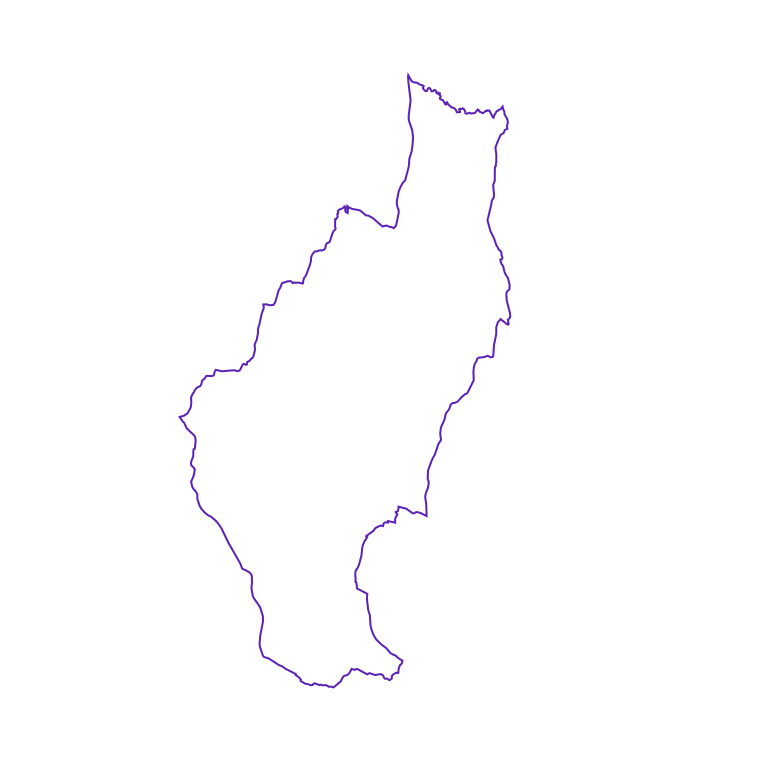 the district of Ventaquemada, Boyacá, Colombia, rotated 337°
{"feature_id": "7082276B51013712707361", "entity_name": "Ventaquemada", "entity_type": "district", "adm_level": 2, "iso_a3": "COL", "parent_name": "Colombia", "parent_adm1": "Boyacá", "projection": "equal_earth", "projection_center": [-73.509, 5.383], "detail": "fine", "context": "isolated", "style": "outline", "palette": "violet", "viewbox_px": 768, "rotation_deg": 337, "n_neighbors": 0, "source": "geoboundaries", "source_scale": "gbopen_adm2", "svg_char_len": 6154}
<svg xmlns="http://www.w3.org/2000/svg" viewBox="0 0 768 768"><g transform="rotate(337 384 384)"><path d="M541.7,285.1L543.2,273.8L553.0,260.5L554.9,257.3L557.6,255.5L559.1,253.1L562.2,243.6L565.3,240.3L570.4,228.6L571.0,227.5L571.9,227.3L573.2,224.7L573.8,224.2L577.0,216.8L578.9,210.0L583.1,205.5L588.7,200.3L592.4,199.6L594.5,197.4L597.3,197.3L598.0,194.4L600.0,192.1L600.8,189.5L600.9,187.3L600.3,182.6L601.2,180.6L601.1,177.7L601.6,175.0L598.6,176.7L596.8,176.4L595.7,177.0L594.3,176.9L589.9,180.3L588.9,181.7L588.4,180.9L587.8,173.3L586.2,173.1L585.7,172.3L584.9,172.7L584.3,172.3L582.4,173.1L580.8,173.3L578.2,170.4L578.2,168.7L577.5,167.9L573.5,170.1L569.6,168.9L568.8,167.8L565.7,167.5L564.7,166.6L565.3,164.4L564.7,161.4L564.3,161.0L562.8,161.2L561.8,160.4L560.7,160.3L560.3,161.0L560.6,162.7L560.2,163.4L557.2,162.4L557.3,160.0L556.9,158.5L555.7,156.8L553.9,155.3L553.6,154.0L552.6,152.7L552.1,149.2L551.3,149.3L550.5,150.9L549.9,150.7L549.6,150.2L549.5,147.8L549.0,145.5L547.1,143.9L547.1,142.7L548.6,141.4L548.6,140.7L548.1,139.8L549.0,138.6L548.9,138.0L548.3,137.9L547.6,138.5L547.3,138.2L547.3,136.8L546.3,137.1L546.1,136.7L546.2,134.1L545.9,133.4L545.0,133.0L543.7,133.7L542.2,133.2L541.9,130.0L541.6,129.4L540.9,129.0L539.7,129.3L537.8,131.1L536.6,130.5L535.6,128.2L535.4,126.7L536.8,125.6L536.9,124.9L533.6,121.9L532.2,119.6L529.2,117.9L527.7,116.0L527.0,109.2L526.2,110.5L524.5,115.3L519.3,133.3L511.5,146.8L509.9,150.8L509.1,161.4L507.7,166.4L506.6,169.4L502.8,176.7L500.6,180.3L495.2,186.8L492.6,192.1L490.3,195.5L483.0,204.8L480.0,206.1L476.1,209.1L472.6,212.7L467.2,220.8L466.0,223.7L465.5,227.1L465.5,229.4L464.5,232.1L457.7,241.9L456.1,243.5L453.8,244.4L452.5,242.7L449.8,240.9L448.9,239.7L447.6,238.9L444.1,238.4L438.6,227.0L435.3,222.8L433.3,221.8L430.2,215.6L428.7,214.0L423.4,210.6L421.9,209.2L420.8,207.9L419.8,205.8L419.1,207.2L419.3,208.6L418.4,209.1L418.7,209.5L418.5,210.4L417.3,212.4L415.9,210.5L416.2,208.9L417.4,206.7L417.4,205.3L417.0,204.9L415.7,206.0L410.7,206.0L409.1,206.8L408.6,208.9L407.4,209.3L406.8,211.8L404.4,213.5L403.5,213.1L400.5,220.0L400.1,222.2L398.6,223.2L397.7,223.3L395.6,225.0L390.0,231.4L389.1,232.1L386.7,232.1L384.9,233.1L383.2,235.8L381.9,236.8L378.9,236.9L377.6,235.9L373.5,235.6L372.0,234.9L369.1,236.4L366.6,238.6L364.6,242.5L362.1,245.7L354.6,253.6L351.6,255.4L349.4,258.3L348.8,259.7L348.4,259.7L344.8,257.2L341.8,256.1L341.3,255.4L339.4,255.5L338.7,253.4L338.1,252.7L334.7,251.7L332.8,251.8L329.9,251.2L329.2,251.6L325.7,255.2L323.7,256.5L315.8,266.3L313.0,268.0L309.6,266.9L306.9,264.7L304.0,263.6L303.1,267.0L298.6,271.8L292.5,280.6L290.8,282.3L288.8,285.4L288.3,287.3L284.8,292.5L283.6,294.2L282.7,294.7L279.8,298.0L279.7,299.1L278.5,302.3L274.4,307.8L272.6,308.8L270.9,309.1L269.5,310.2L266.7,310.3L265.4,312.5L264.0,312.1L263.3,311.0L262.6,310.6L261.5,310.9L257.0,314.8L255.4,315.2L254.1,314.9L251.5,312.8L239.9,309.0L234.6,305.2L232.7,306.8L231.1,309.2L230.0,309.6L228.6,309.4L223.8,307.2L222.9,307.5L220.9,309.0L218.2,309.6L215.2,313.4L213.8,314.1L210.3,314.3L208.1,315.4L205.6,317.5L203.9,318.4L201.2,320.9L199.1,326.4L196.8,330.2L191.7,334.2L187.5,335.0L183.0,334.5L184.1,339.7L184.9,341.7L185.1,348.1L186.0,349.3L186.4,351.0L188.7,355.9L189.3,357.8L189.3,359.9L188.4,362.8L184.9,369.1L184.3,369.8L183.2,369.7L182.1,371.6L180.2,376.0L176.2,380.1L175.2,382.0L174.9,383.6L176.2,386.9L176.5,388.5L174.6,391.8L172.6,394.4L168.3,398.6L167.4,403.1L167.5,405.6L168.7,409.5L169.0,412.7L167.2,417.2L166.7,424.2L167.0,427.1L168.9,432.7L170.6,435.8L173.1,438.9L175.7,444.0L176.9,447.9L178.0,453.4L178.7,469.0L181.5,492.7L181.4,498.8L183.9,501.3L186.8,505.3L187.4,508.1L187.1,510.0L185.5,513.3L185.3,514.8L183.2,518.1L182.2,520.3L180.4,527.8L180.5,530.5L182.1,537.3L182.7,541.9L181.8,550.4L179.7,555.5L171.9,567.1L168.3,573.8L167.4,576.1L167.0,578.6L166.4,586.6L166.9,588.4L170.7,591.6L177.4,601.6L180.0,604.2L182.4,608.1L189.5,616.5L188.9,617.2L191.1,620.9L192.0,623.8L191.2,624.7L194.1,628.8L197.2,631.0L198.9,632.7L200.5,633.2L202.2,632.3L203.3,632.5L206.9,635.9L208.2,636.1L210.2,637.6L213.1,638.6L215.0,641.2L217.0,641.8L219.1,643.6L228.1,640.8L230.7,638.4L233.1,637.1L236.3,637.5L238.5,637.1L242.9,633.6L245.3,635.7L247.1,635.5L248.5,636.4L255.1,644.7L257.7,644.5L262.1,648.4L267.8,649.8L269.3,652.1L269.3,654.9L269.7,655.7L271.9,656.5L272.9,658.4L273.4,658.8L276.1,658.1L276.8,656.5L278.1,655.1L282.5,654.5L283.7,655.6L284.3,655.5L286.0,652.2L288.0,649.9L288.7,649.2L291.2,648.2L292.9,646.0L290.2,642.1L288.3,638.1L287.0,637.0L284.8,634.2L282.8,627.9L279.7,622.6L277.0,616.0L276.3,611.0L276.6,604.7L277.3,600.9L280.7,591.1L281.1,586.3L283.1,579.1L284.4,575.0L286.6,570.6L279.3,561.7L280.8,556.9L280.9,555.5L280.4,555.2L280.5,554.7L281.8,552.1L283.0,548.3L284.5,545.5L286.2,543.7L286.8,543.8L288.1,542.8L290.6,540.3L296.0,533.4L300.9,524.7L304.7,521.1L308.7,518.4L308.0,517.3L308.2,517.0L316.6,515.1L320.0,513.2L325.4,512.9L327.6,514.4L328.9,512.6L329.8,512.0L331.3,511.9L333.6,513.1L334.1,511.7L340.1,516.0L341.2,513.1L342.8,511.1L345.3,509.3L345.2,508.2L344.6,507.2L344.8,506.4L347.0,506.4L348.2,505.2L349.5,502.6L356.0,507.7L359.8,514.1L361.0,514.8L363.3,514.5L364.6,514.9L367.2,517.0L371.6,522.2L376.0,510.9L377.5,505.0L378.3,503.1L380.6,500.0L384.1,496.5L386.2,493.1L387.0,491.3L387.1,488.5L390.4,481.5L391.4,480.1L399.1,472.0L403.3,468.7L410.6,460.5L414.6,457.8L416.4,451.5L419.5,446.1L425.2,441.0L429.5,435.2L434.1,432.7L437.5,428.9L439.6,428.4L441.9,429.1L445.1,428.9L450.1,426.5L455.1,424.9L455.9,425.2L457.2,424.9L468.0,415.7L471.1,407.7L473.0,404.2L475.2,401.1L478.0,399.2L479.6,397.2L481.2,396.7L486.5,398.3L490.4,398.5L492.7,401.1L494.4,401.6L495.4,401.1L500.7,390.8L506.7,382.1L509.6,375.5L512.7,371.9L516.7,369.8L520.8,377.5L521.6,377.8L522.2,377.6L522.5,375.3L523.0,374.8L523.1,373.3L526.0,372.1L527.1,370.0L527.7,367.8L529.6,355.1L531.5,349.7L532.3,348.1L533.3,347.0L536.5,345.8L538.3,342.1L539.5,335.1L538.7,330.2L538.7,328.0L539.6,322.9L539.5,320.9L539.1,319.8L539.3,316.3L539.8,314.8L541.1,315.3L542.3,314.3L542.7,310.8L543.4,309.2L543.2,307.1L542.0,304.6L542.1,302.6L541.6,300.8L542.2,292.8L541.7,285.1Z" fill="none" stroke="#5b21b6" stroke-width="2"/></g></svg>